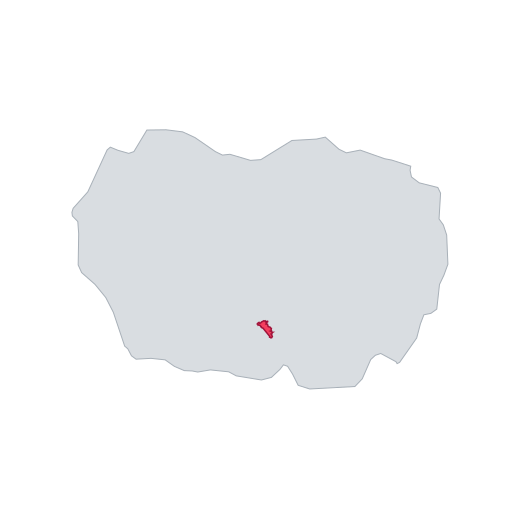 location of Kisela Voda, Aerodrom, North Macedonia, rotated 201°
{"feature_id": "65306769B41644037603367", "entity_name": "Kisela Voda", "entity_type": "district", "adm_level": 2, "iso_a3": "MKD", "parent_name": "North Macedonia", "parent_adm1": "Aerodrom", "projection": "natural_earth1", "projection_center": [21.486, 41.95], "detail": "fine", "context": "in_parent", "style": "filled", "palette": "rose", "viewbox_px": 512, "rotation_deg": 201, "n_neighbors": 0, "source": "geoboundaries", "source_scale": "gbopen_adm2", "svg_char_len": 1719}
<svg xmlns="http://www.w3.org/2000/svg" viewBox="0 0 512 512"><g transform="rotate(201 256 256)"><path d="M231.9,137.1L240.0,138.1L257.8,133.3L268.8,126.8L274.4,125.8L281.9,123.3L292.6,123.7L303.6,126.5L317.4,122.8L331.0,116.7L336.5,118.2L342.4,123.4L346.3,124.8L369.0,152.3L381.4,163.4L396.1,171.8L412.8,178.0L418.8,183.9L429.5,213.2L434.7,224.3L441.8,227.6L443.5,230.8L443.8,235.0L436.0,255.6L433.0,301.7L431.0,305.4L422.7,305.2L411.6,306.2L407.4,309.7L403.0,334.5L385.2,341.6L369.0,345.6L355.4,344.7L331.3,338.9L323.5,338.2L316.8,341.6L295.4,343.3L286.0,347.7L263.9,376.7L241.5,386.8L233.9,391.8L216.8,385.4L208.6,384.7L196.7,392.2L170.8,392.9L163.7,394.2L143.7,395.3L142.9,391.3L139.2,385.5L129.9,382.8L110.8,385.1L106.2,380.8L98.4,356.2L92.3,352.2L85.5,343.9L73.9,317.1L73.7,305.4L74.5,295.2L68.2,271.2L72.2,265.1L78.2,261.3L78.2,251.6L76.6,237.0L83.8,208.2L85.7,206.1L87.5,207.5L104.6,209.7L109.0,206.1L111.8,200.4L112.8,179.4L116.9,169.6L158.2,151.1L170.3,150.4L179.6,158.9L187.0,164.4L191.4,164.2L193.0,158.7L198.1,148.2L206.5,142.2L231.6,137.0L231.9,137.1Z" fill="#d9dde1" stroke="#a8b0b8" stroke-width="1"/><path d="M214.2,185.1L213.7,185.3L212.9,184.9L212.1,185.3L211.9,186.8L214.0,188.5L213.2,189.0L213.5,190.2L213.1,190.7L213.7,190.5L214.4,191.1L215.5,191.1L214.7,191.7L215.6,192.8L215.7,193.9L216.2,193.9L217.2,194.6L219.4,194.5L220.8,196.4L222.3,196.1L222.0,198.2L221.5,198.8L221.8,199.2L223.3,198.0L223.8,198.7L224.0,198.4L225.4,198.4L227.2,196.4L227.7,195.1L228.6,194.5L229.4,195.1L230.4,193.6L230.5,193.0L229.9,192.9L229.3,192.2L229.0,192.6L227.9,192.5L227.6,192.7L225.9,191.9L226.0,191.6L224.4,191.0L223.7,191.2L214.5,185.9L214.2,185.1Z" fill="#f43f5e" stroke="#9f1239" stroke-width="1.5"/></g></svg>